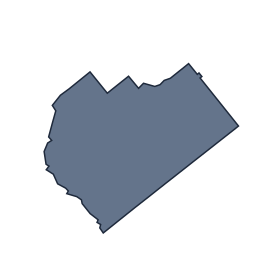 Union, Louisiana, United States of America (orthographic projection), rotated 141°
{"feature_id": "52423323B25529270179074", "entity_name": "Union", "entity_type": "district", "adm_level": 2, "iso_a3": "USA", "parent_name": "United States of America", "parent_adm1": "Louisiana", "projection": "orthographic", "projection_center": [-92.344, 32.798], "detail": "fine", "context": "isolated", "style": "filled", "palette": "slate", "viewbox_px": 256, "rotation_deg": 141, "n_neighbors": 0, "source": "geoboundaries", "source_scale": "gbopen_adm2", "svg_char_len": 778}
<svg xmlns="http://www.w3.org/2000/svg" viewBox="0 0 256 256"><g transform="rotate(141 128 128)"><path d="M40.9,60.0L40.5,121.5L38.2,121.5L38.2,126.1L40.4,126.1L40.4,139.9L63.8,140.0L69.9,142.2L75.8,141.5L81.0,143.4L87.8,153.0L94.8,152.2L95.0,167.9L122.2,168.1L122.2,195.5L149.2,195.5L159.9,196.0L172.6,193.2L173.3,186.8L183.3,179.7L195.3,171.0L195.1,166.4L199.9,166.9L208.0,162.5L214.5,151.4L213.4,148.1L217.8,147.0L215.1,139.1L217.8,128.9L214.3,120.5L214.0,116.6L216.9,115.5L211.0,106.9L209.4,101.5L211.2,98.1L211.3,85.3L209.0,75.5L211.5,74.1L210.0,70.2L212.8,68.1L213.3,62.0L172.9,61.8L154.5,61.5L143.1,61.4L136.0,61.3L134.1,61.3L107.9,60.9L99.6,60.8L99.0,60.8L92.1,60.7L44.4,60.0L43.2,60.0L41.2,60.0L40.9,60.0Z" fill="#64748b" stroke="#1e293b" stroke-width="1.5"/></g></svg>